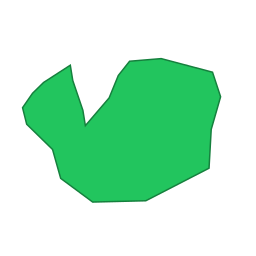 an SVG outline of Saint Philip, rotated 256°
{"feature_id": "ATG-5095", "entity_name": "Saint Philip", "entity_type": "Parish", "adm_level": 1, "iso_a3": "ATG", "parent_name": "Antigua and Barbuda", "parent_adm1": "", "projection": "natural_earth1", "projection_center": [-61.693, 17.064], "detail": "fine", "context": "isolated", "style": "filled", "palette": "green", "viewbox_px": 256, "rotation_deg": 256, "n_neighbors": 0, "source": "natural_earth", "source_scale": "10m", "svg_char_len": 406}
<svg xmlns="http://www.w3.org/2000/svg" viewBox="0 0 256 256"><g transform="rotate(256 128 128)"><path d="M95.4,50.5L125.4,49.6L156.2,30.6L173.2,30.6L184.8,43.8L192.6,57.1L202.9,87.2L187.4,85.9L156.1,88.5L140.6,87.2L161.8,117.0L181.3,131.3L192.4,145.7L187.3,177.0L161.7,223.5L135.9,225.4L106.5,208.4L69.4,196.9L53.1,127.7L64.7,75.8L95.4,50.5Z" fill="#22c55e" stroke="#15803d" stroke-width="1.5"/></g></svg>